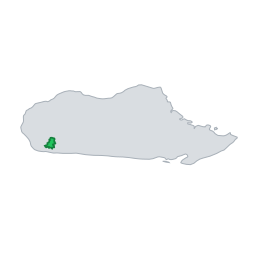 Befotaka, Atsimo-Atsinanana, Madagascar (highlighted), rotated 78°
{"feature_id": "10022922B11101019287712", "entity_name": "Befotaka", "entity_type": "district", "adm_level": 2, "iso_a3": "MDG", "parent_name": "Madagascar", "parent_adm1": "Atsimo-Atsinanana", "projection": "robinson", "projection_center": [46.959, -23.944], "detail": "fine", "context": "in_parent", "style": "filled", "palette": "green", "viewbox_px": 256, "rotation_deg": 78, "n_neighbors": 0, "source": "geoboundaries", "source_scale": "gbopen_adm2", "svg_char_len": 5717}
<svg xmlns="http://www.w3.org/2000/svg" viewBox="0 0 256 256"><g transform="rotate(78 128 128)"><path d="M164.1,28.7L164.7,30.3L165.4,31.9L167.7,35.6L168.6,37.1L169.5,38.6L169.9,41.7L171.3,46.5L172.6,53.7L173.0,61.0L173.4,64.4L174.5,67.6L176.2,70.9L176.8,74.6L175.7,78.4L174.1,81.9L173.7,82.6L173.0,83.5L172.7,83.5L171.5,82.5L170.5,81.0L169.2,77.5L168.7,75.7L168.2,75.4L166.7,75.6L165.6,76.7L165.4,77.4L165.7,79.4L166.1,81.2L166.2,83.0L166.3,85.3L166.7,86.0L167.3,86.6L167.9,88.1L168.0,91.7L167.6,93.5L166.5,95.0L166.6,95.9L167.0,96.8L166.6,97.3L165.2,98.0L164.6,98.6L163.9,100.2L162.6,103.4L162.5,105.0L163.2,110.0L163.0,113.6L161.4,120.4L160.5,123.6L159.2,127.5L157.3,132.6L155.3,139.0L153.7,145.5L152.5,149.5L151.1,153.4L149.2,160.2L147.6,167.2L145.3,174.9L142.0,183.4L141.7,184.6L141.0,188.9L140.2,192.7L139.4,196.5L137.6,202.7L137.3,204.6L136.9,206.4L135.2,210.3L134.5,211.8L133.9,213.3L133.6,215.3L133.1,217.2L131.8,220.6L129.9,223.6L128.6,224.7L125.8,226.3L124.4,226.6L121.3,226.6L118.2,227.5L115.1,229.2L112.0,231.2L110.9,232.1L109.6,232.7L105.5,232.8L104.3,232.4L100.3,229.1L98.7,228.6L95.8,228.1L94.9,227.9L94.0,227.4L92.8,225.7L90.5,224.3L89.9,223.9L89.5,222.9L89.3,221.8L88.6,220.6L88.2,218.3L87.4,216.8L85.2,214.0L84.9,213.1L84.8,210.1L84.8,208.1L84.6,204.4L84.8,202.6L85.6,201.1L85.3,199.4L84.4,197.6L84.1,195.8L83.5,194.1L81.2,191.1L80.6,189.6L80.2,188.1L79.3,183.3L79.2,181.6L79.3,178.1L79.7,176.3L80.2,175.0L80.3,174.1L80.7,173.3L81.2,172.6L81.6,171.8L82.4,167.3L83.5,166.3L85.1,165.7L86.4,164.6L87.2,163.0L87.9,159.7L89.9,156.4L90.7,154.7L92.3,152.2L93.7,148.5L94.2,146.8L94.5,145.0L94.8,141.2L95.1,139.3L95.1,137.4L94.2,135.4L92.2,131.9L92.1,131.2L92.3,128.6L92.1,126.7L91.4,124.8L90.4,123.0L89.5,119.7L89.0,114.1L89.1,112.1L88.8,110.4L88.1,108.7L88.6,105.7L94.5,95.0L94.7,93.8L94.5,90.5L94.6,88.6L94.8,87.9L95.3,87.5L96.3,87.3L101.1,86.8L101.7,86.5L103.0,85.6L104.6,83.8L105.4,83.3L106.0,83.5L106.4,84.3L107.0,84.7L108.9,83.9L109.7,83.9L110.5,84.0L110.8,83.3L111.0,82.3L111.3,81.6L111.8,81.2L114.4,81.0L116.0,80.7L118.0,80.0L118.5,80.2L120.2,82.6L120.7,82.8L121.3,82.9L121.9,82.5L120.5,81.2L120.3,80.5L120.4,79.7L121.1,77.9L122.4,76.6L125.1,74.5L127.9,72.1L128.7,72.0L129.4,72.4L129.9,75.1L129.8,75.6L130.3,75.7L130.8,75.3L131.3,74.2L131.3,73.3L130.9,72.4L130.8,71.6L130.7,70.9L132.2,69.3L133.3,67.7L133.8,65.8L134.3,64.9L135.4,64.0L135.8,64.1L136.1,64.9L136.2,65.8L135.9,66.6L135.5,67.4L135.3,68.5L136.0,68.7L136.6,68.5L137.5,66.5L138.6,64.6L139.2,63.6L140.0,62.9L141.3,63.1L142.6,63.5L140.5,61.5L140.0,58.8L142.5,54.1L142.5,53.1L142.9,52.8L143.0,52.4L141.7,50.8L141.5,50.1L141.7,48.9L142.3,47.8L142.8,47.1L143.6,46.8L144.3,47.2L145.6,48.5L146.6,48.7L147.7,47.4L148.6,45.9L150.0,44.8L151.5,44.1L153.9,41.7L155.5,36.5L155.6,35.0L155.3,33.2L154.7,31.5L153.8,29.3L154.1,28.8L155.4,29.1L155.8,28.8L157.2,26.9L159.6,23.2L160.3,23.2L161.0,23.9L161.2,24.9L161.7,25.6L163.3,27.4L164.1,28.7ZM147.7,43.2L147.8,43.7L146.0,43.5L145.7,41.5L146.6,41.5L146.8,40.7L147.3,40.6L147.9,42.3L147.7,43.2ZM169.2,98.1L167.7,101.0L168.2,98.6L169.9,95.2L170.4,94.9L169.2,98.1Z" fill="#d9dde1" stroke="#a8b0b8" stroke-width="1"/><path d="M122.8,202.4L122.8,202.5L122.7,202.5L122.6,202.8L122.6,203.0L122.3,203.2L122.3,203.3L122.2,203.3L122.1,203.5L122.1,203.8L121.9,204.0L121.7,204.2L121.7,204.3L121.6,204.5L121.6,204.8L121.5,205.1L121.4,205.2L121.4,205.5L121.4,205.8L121.6,205.8L121.7,205.7L121.7,205.8L121.8,205.8L122.0,206.0L122.2,206.3L122.3,206.3L122.5,206.4L122.5,206.5L122.8,206.7L122.8,206.8L122.8,207.1L123.0,207.1L123.1,207.3L123.3,207.4L123.6,207.4L123.8,207.4L123.9,207.2L124.0,207.4L123.9,207.5L124.0,207.5L124.3,207.5L124.5,207.6L124.5,207.8L124.8,207.8L125.0,208.0L125.3,208.0L125.5,208.2L125.5,208.3L125.7,208.5L125.5,208.9L125.7,209.0L125.8,209.1L125.8,209.3L125.9,209.6L125.9,209.9L125.9,210.1L126.1,210.2L126.3,210.1L126.5,210.1L126.6,210.3L126.6,210.2L126.8,210.2L127.0,210.1L127.3,210.1L127.5,210.1L127.5,210.3L127.7,210.5L127.8,210.7L127.8,210.8L127.8,211.2L127.8,211.3L127.8,211.7L127.8,211.8L128.0,211.9L127.9,212.0L127.9,212.3L127.9,212.5L128.0,212.9L128.0,213.0L128.2,212.9L128.5,212.9L128.8,212.8L128.8,212.7L129.0,212.7L129.1,212.8L129.2,212.7L129.3,212.6L129.5,212.5L129.5,212.4L129.5,212.2L129.7,211.9L129.8,211.9L130.0,211.9L130.0,211.6L129.9,211.4L130.0,211.4L130.0,211.2L129.8,210.8L129.6,210.7L129.7,210.2L129.8,210.2L130.1,209.9L130.1,209.7L130.3,209.9L130.5,209.8L130.6,209.7L130.8,209.6L131.0,209.6L131.0,209.4L131.0,209.2L130.9,209.1L131.0,209.2L131.2,208.9L131.1,208.7L131.0,208.3L130.9,208.2L131.0,208.1L131.1,207.9L131.2,207.7L131.2,207.3L131.2,207.2L131.3,207.2L131.3,206.9L131.4,206.7L131.5,206.8L131.8,206.9L132.0,206.9L132.3,206.8L132.4,206.7L132.5,206.5L132.1,206.4L131.9,206.4L131.9,206.2L131.8,205.9L131.7,205.7L131.4,205.7L131.4,205.4L131.3,205.2L131.4,204.9L131.4,204.7L131.6,204.5L131.7,204.3L131.7,204.2L131.2,204.2L130.9,204.1L130.9,204.3L130.8,204.5L130.7,204.4L130.4,204.3L130.3,204.5L130.2,204.5L130.1,204.4L130.0,204.2L129.9,204.2L129.7,204.1L129.6,204.3L129.6,204.5L129.3,204.5L129.2,204.8L129.1,205.0L128.9,205.1L128.7,205.1L128.4,204.9L128.5,204.7L128.4,204.4L128.2,204.3L127.9,204.3L128.0,204.3L128.1,204.2L128.1,203.9L128.2,203.7L128.3,203.5L128.3,203.4L128.2,203.4L127.9,203.4L128.0,203.2L128.1,202.9L128.1,202.7L128.0,202.4L128.1,202.2L127.9,202.1L127.7,202.1L127.4,202.3L127.2,202.4L127.0,202.5L126.9,202.5L126.7,202.6L126.5,202.8L126.4,202.8L126.3,202.7L126.2,202.9L125.9,202.9L125.9,203.0L125.7,203.1L125.4,203.0L125.3,202.9L125.2,203.0L124.9,202.9L124.6,202.7L124.4,202.6L124.2,202.5L124.2,202.4L124.1,202.2L123.9,202.1L123.7,202.1L123.4,202.0L123.1,202.1L123.0,202.3L122.8,202.3L122.8,202.4Z" fill="#22c55e" stroke="#15803d" stroke-width="1.5"/></g></svg>